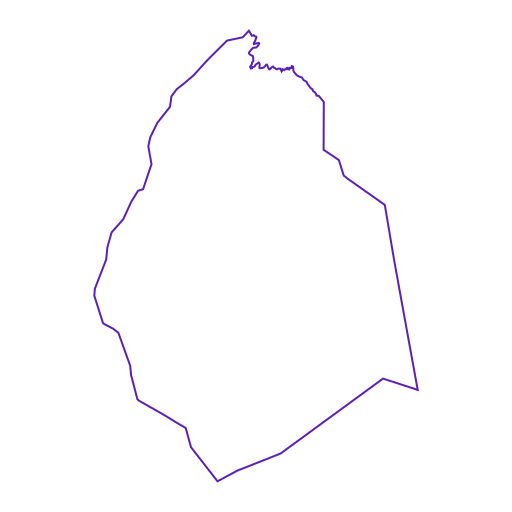 the district of Yakurr, Cross River, Nigeria
{"feature_id": "59680162B19335323694639", "entity_name": "Yakurr", "entity_type": "district", "adm_level": 2, "iso_a3": "NGA", "parent_name": "Nigeria", "parent_adm1": "Cross River", "projection": "equal_earth", "projection_center": [8.173, 5.82], "detail": "fine", "context": "isolated", "style": "outline", "palette": "violet", "viewbox_px": 512, "rotation_deg": 0, "n_neighbors": 0, "source": "geoboundaries", "source_scale": "gbopen_adm2", "svg_char_len": 1827}
<svg xmlns="http://www.w3.org/2000/svg" viewBox="0 0 512 512"><path d="M217.5,481.3L237.2,470.7L280.6,453.5L383.0,378.6L417.7,389.9L394.5,262.3L384.8,204.9L347.8,178.8L343.7,175.5L338.9,160.1L323.6,149.8L323.8,102.0L318.8,95.9L317.7,95.7L316.5,95.6L316.1,94.1L315.7,93.6L314.9,92.3L313.0,91.0L312.4,89.1L311.1,88.5L309.9,87.2L308.9,85.6L307.7,84.2L306.5,81.7L303.6,80.1L301.8,77.4L299.3,76.7L296.6,75.1L293.7,71.6L293.3,69.8L293.3,68.3L293.2,67.1L292.8,66.4L291.8,66.1L291.5,66.8L291.9,67.1L292.1,68.0L291.4,67.9L290.6,68.3L289.4,67.9L289.1,68.5L289.1,69.4L287.9,69.2L287.9,68.2L287.5,67.8L286.5,68.1L285.8,69.4L285.1,69.2L284.0,70.2L283.3,69.7L282.7,69.2L282.1,69.7L282.0,70.8L281.6,71.4L281.2,70.5L280.4,68.6L278.1,68.7L277.0,69.3L276.1,69.1L275.3,68.3L274.0,67.7L273.0,66.5L272.3,66.8L271.4,67.7L269.7,69.4L269.2,69.3L268.1,67.4L267.3,65.4L266.9,64.6L266.2,64.7L264.6,66.7L263.3,67.7L260.7,68.3L259.6,68.1L259.4,67.4L259.7,64.3L259.2,62.9L258.7,62.5L258.0,63.0L255.7,64.6L254.7,66.3L254.1,66.8L252.3,67.0L252.0,68.3L251.0,68.5L250.1,67.0L251.7,64.5L252.1,62.5L253.3,61.0L253.3,58.4L252.8,56.0L252.0,55.6L250.3,54.9L249.0,53.5L249.1,52.3L251.6,49.3L253.1,47.8L256.2,47.5L258.3,45.3L259.2,43.5L258.7,42.9L253.9,44.0L253.7,43.3L255.1,41.0L255.9,38.7L256.4,37.8L256.2,36.6L254.5,36.2L253.7,35.2L251.9,35.8L248.9,30.7L248.5,31.1L242.8,37.3L227.0,40.6L208.8,58.7L205.5,62.2L193.4,75.5L184.2,83.3L176.6,89.3L171.4,96.4L170.0,106.8L157.3,122.9L150.3,137.2L148.3,146.3L151.5,164.2L147.7,175.4L143.1,189.2L138.1,190.7L131.4,201.5L123.2,219.3L111.6,232.4L107.4,247.2L106.2,259.5L95.4,287.4L94.9,288.3L94.3,295.7L103.0,323.1L104.5,324.2L113.1,328.7L118.4,332.8L130.2,365.8L131.1,375.3L132.2,379.2L137.4,399.3L139.3,400.9L165.2,415.6L174.3,421.3L185.7,428.0L191.0,447.2L217.5,481.3Z" fill="none" stroke="#5b21b6" stroke-width="2"/></svg>